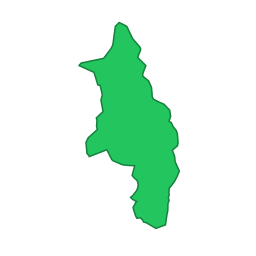 outline of Ife North, Osun, Nigeria, rotated 165°
{"feature_id": "59680162B27814311157346", "entity_name": "Ife North", "entity_type": "district", "adm_level": 2, "iso_a3": "NGA", "parent_name": "Nigeria", "parent_adm1": "Osun", "projection": "orthographic", "projection_center": [4.45, 7.387], "detail": "fine", "context": "isolated", "style": "filled", "palette": "green", "viewbox_px": 256, "rotation_deg": 165, "n_neighbors": 0, "source": "geoboundaries", "source_scale": "gbopen_adm2", "svg_char_len": 1450}
<svg xmlns="http://www.w3.org/2000/svg" viewBox="0 0 256 256"><g transform="rotate(165 128 128)"><path d="M109.2,232.2L113.9,229.5L121.2,212.1L124.0,209.0L133.5,201.6L138.8,201.9L156.3,202.9L158.1,201.8L159.1,200.9L146.4,190.5L146.0,177.4L143.9,176.3L144.2,166.8L146.9,162.0L147.9,150.3L156.0,145.9L156.1,143.0L157.9,138.0L158.1,134.4L168.8,129.0L172.4,124.9L174.2,114.0L172.8,111.2L172.8,110.4L154.1,112.5L151.9,101.8L150.8,100.1L142.9,93.9L137.2,91.7L131.4,89.9L132.1,88.4L132.8,87.1L133.6,85.9L134.3,84.5L135.1,83.3L135.6,82.3L136.3,81.0L135.1,78.4L132.7,74.8L132.8,70.5L134.0,67.9L135.6,65.6L138.0,63.6L138.9,63.2L140.2,61.9L143.5,60.3L141.9,57.7L138.8,54.7L140.3,53.6L141.3,52.3L142.0,51.7L143.6,50.1L143.7,49.1L143.7,47.1L143.7,45.6L143.6,44.8L143.4,41.1L142.8,38.6L139.3,38.0L137.7,35.1L137.6,34.7L137.3,33.1L134.8,31.7L127.0,23.8L119.5,24.5L116.9,24.7L112.6,34.7L111.4,36.8L110.6,39.0L108.9,44.8L107.1,47.2L107.0,50.5L105.7,52.3L105.4,53.8L105.4,54.4L103.6,59.6L102.6,59.9L97.1,64.1L93.1,68.5L89.6,73.0L91.2,83.4L90.3,88.2L90.9,95.1L84.8,98.0L83.3,101.3L81.8,109.8L82.0,112.9L84.2,118.2L84.8,121.9L86.6,123.9L83.8,128.2L83.1,134.4L85.0,137.8L87.1,141.7L91.8,145.4L92.3,145.8L92.8,146.4L96.1,149.4L96.5,152.2L95.8,155.3L94.8,161.2L95.9,168.1L98.9,172.3L100.3,174.4L99.6,176.7L94.6,183.7L100.4,193.6L95.4,200.5L95.4,202.6L96.1,204.2L97.7,207.5L100.4,213.2L102.9,226.6L109.2,232.2Z" fill="#22c55e" stroke="#15803d" stroke-width="1.5"/></g></svg>